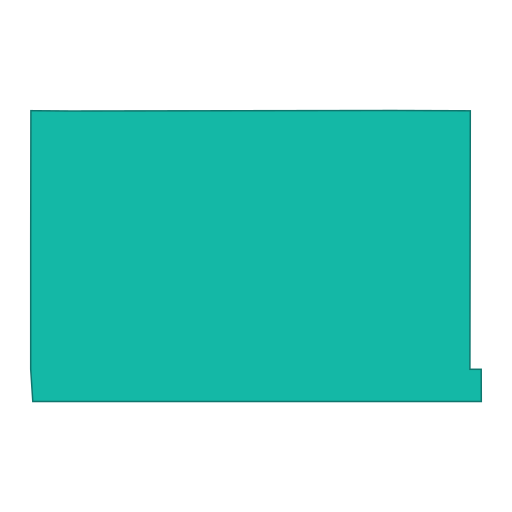 Keith, Nebraska, United States of America
{"feature_id": "52423323B91748166692574", "entity_name": "Keith", "entity_type": "district", "adm_level": 2, "iso_a3": "USA", "parent_name": "United States of America", "parent_adm1": "Nebraska", "projection": "mercator", "projection_center": [-101.629, 41.2], "detail": "fine", "context": "isolated", "style": "filled", "palette": "teal", "viewbox_px": 512, "rotation_deg": 0, "n_neighbors": 0, "source": "geoboundaries", "source_scale": "gbopen_adm2", "svg_char_len": 259}
<svg xmlns="http://www.w3.org/2000/svg" viewBox="0 0 512 512"><path d="M470.3,110.8L393.3,110.5L70.4,111.0L30.9,110.7L30.7,239.9L30.7,369.2L32.8,401.5L481.3,401.5L481.2,369.3L469.9,369.3L470.3,110.8Z" fill="#14b8a6" stroke="#0f766e" stroke-width="1.5"/></svg>